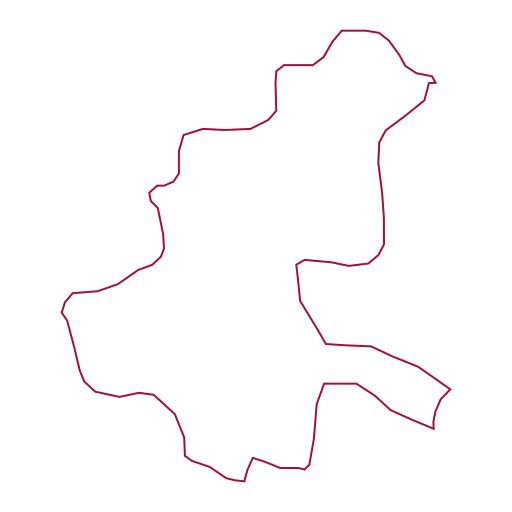 an SVG outline of Sarajevo
{"feature_id": "BIH-2890", "entity_name": "Sarajevo", "entity_type": "Canton", "adm_level": 1, "iso_a3": "BIH", "parent_name": "Bosnia and Herzegovina", "parent_adm1": "", "projection": "equal_earth", "projection_center": [18.322, 43.843], "detail": "fine", "context": "isolated", "style": "outline", "palette": "rose", "viewbox_px": 512, "rotation_deg": 0, "n_neighbors": 0, "source": "natural_earth", "source_scale": "10m", "svg_char_len": 1522}
<svg xmlns="http://www.w3.org/2000/svg" viewBox="0 0 512 512"><path d="M435.6,82.8L428.9,83.1L424.4,100.4L405.0,116.0L385.7,130.4L379.3,142.4L378.3,162.8L382.1,192.7L383.9,217.9L384.0,244.3L378.4,255.1L368.3,263.5L348.9,265.9L331.4,262.3L304.6,259.9L296.3,264.7L298.2,281.5L300.1,300.8L317.6,329.6L325.9,344.0L343.4,345.2L371.1,346.4L391.5,356.0L418.2,366.8L450.3,389.3L448.5,391.2L440.7,399.3L435.4,411.6L433.4,421.7L433.7,428.8L411.8,419.7L390.6,410.1L374.9,395.7L356.4,383.7L343.5,383.7L324.1,383.7L316.7,404.1L313.9,438.9L309.3,464.8L304.4,469.5L304.3,469.4L298.2,468.0L280.2,468.0L265.4,462.0L265.2,461.9L252.8,457.9L247.4,470.0L244.3,481.3L242.4,481.1L234.9,480.3L228.6,478.8L226.3,478.2L224.0,476.7L209.9,467.0L191.9,460.9L184.9,455.8L184.7,450.2L184.2,437.5L174.8,414.1L174.7,414.0L158.4,399.1L153.7,394.8L152.3,394.6L138.9,392.8L123.8,396.0L119.4,396.9L115.9,396.1L95.3,391.7L84.3,381.6L79.7,370.3L74.6,348.9L74.2,347.1L73.5,344.6L67.2,320.7L61.9,312.9L61.9,312.7L61.7,312.5L64.9,302.4L72.7,293.2L97.7,291.2L117.9,284.1L138.3,269.9L152.3,264.8L160.9,256.7L164.0,248.6L163.2,234.4L157.8,208.0L152.1,202.3L150.8,200.9L149.3,192.8L157.1,185.7L164.0,185.7L173.4,181.7L178.9,173.5L178.9,151.2L183.6,135.0L203.0,128.9L224.9,130.0L250.5,128.9L268.5,119.8L276.3,110.7L275.5,83.4L276.3,71.2L284.1,65.1L300.4,65.1L312.9,65.1L323.7,57.0L332.3,41.8L339.3,33.7L341.6,30.7L354.9,30.7L365.7,30.7L379.0,32.8L389.1,40.8L399.3,55.0L405.5,66.1L416.4,73.2L432.0,76.3L435.6,82.8Z" fill="none" stroke="#9f1239" stroke-width="2"/></svg>